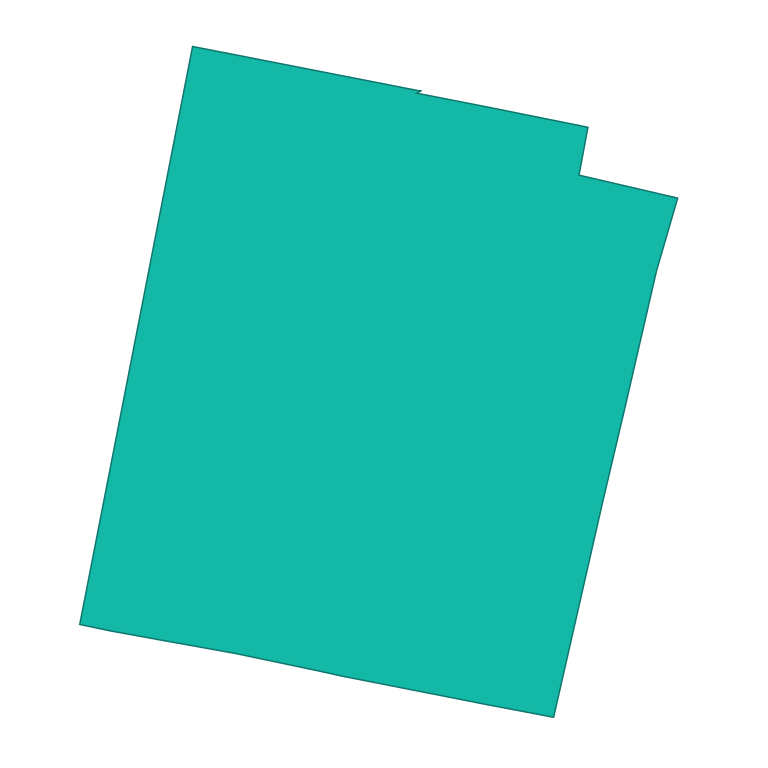 the district of Allegany, New York, United States of America, rotated 11°
{"feature_id": "52423323B99116494629117", "entity_name": "Allegany", "entity_type": "district", "adm_level": 2, "iso_a3": "USA", "parent_name": "United States of America", "parent_adm1": "New York", "projection": "equal_earth", "projection_center": [-77.96, 42.26], "detail": "fine", "context": "isolated", "style": "filled", "palette": "teal", "viewbox_px": 768, "rotation_deg": 11, "n_neighbors": 0, "source": "geoboundaries", "source_scale": "gbopen_adm2", "svg_char_len": 428}
<svg xmlns="http://www.w3.org/2000/svg" viewBox="0 0 768 768"><g transform="rotate(11 384 384)"><path d="M614.1,678.8L621.1,460.2L625.1,359.4L629.9,221.3L636.8,145.5L535.6,141.8L535.2,93.1L436.7,92.4L360.5,92.3L364.9,88.9L361.7,89.5L131.7,89.2L131.2,678.1L163.2,678.6L219.1,677.9L289.9,676.9L370.8,678.1L371.0,678.1L399.9,678.8L543.1,679.1L551.1,679.1L614.1,678.8Z" fill="#14b8a6" stroke="#0f766e" stroke-width="1.5"/></g></svg>